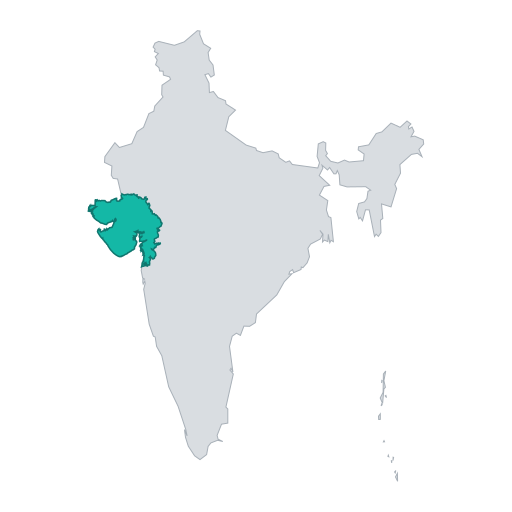 Gujarat on a map of India (Equal Earth projection)
{"feature_id": "IND-3264", "entity_name": "Gujarat", "entity_type": "state/province", "adm_level": 1, "iso_a3": "IND", "parent_name": "India", "parent_adm1": "", "projection": "equal_earth", "projection_center": [71.839, 22.391], "detail": "fine", "context": "in_parent", "style": "filled", "palette": "teal", "viewbox_px": 512, "rotation_deg": 0, "n_neighbors": 0, "source": "natural_earth", "source_scale": "10m", "svg_char_len": 9645}
<svg xmlns="http://www.w3.org/2000/svg" viewBox="0 0 512 512"><path d="M88.6,207.2L95.1,205.5L95.8,200.0L107.7,202.4L115.7,198.5L118.3,201.2L122.2,198.7L117.6,179.0L113.2,178.4L111.3,175.3L111.9,166.0L104.5,162.4L104.9,156.6L114.9,142.7L119.4,147.5L131.8,143.7L137.1,131.6L143.5,127.4L148.9,113.6L153.8,111.2L154.8,106.0L163.0,97.0L161.7,94.7L162.0,85.2L170.6,79.3L169.5,76.9L163.4,75.1L163.1,71.2L159.6,71.0L159.0,67.7L155.6,64.8L157.2,60.0L155.2,56.9L158.3,53.5L154.4,51.6L155.1,49.2L153.1,47.1L155.0,43.1L158.7,41.4L174.4,45.3L184.2,41.9L197.3,30.7L200.0,31.0L199.7,34.3L203.5,43.8L210.7,48.3L208.1,52.5L209.2,60.1L213.0,65.0L214.3,75.0L210.9,77.1L208.4,73.6L204.9,74.7L209.0,83.1L209.4,92.6L213.4,91.5L218.0,97.6L225.5,100.7L226.0,104.0L235.5,110.1L228.8,116.7L225.4,130.4L246.2,145.1L255.8,148.1L256.5,150.5L263.0,152.7L272.1,150.9L278.2,153.9L279.2,157.8L285.8,162.3L289.5,160.9L292.3,164.5L317.8,168.0L319.5,162.7L317.1,156.4L318.3,143.9L323.2,141.7L325.8,143.0L325.6,150.4L327.4,153.6L325.7,155.7L330.7,161.3L337.9,163.0L344.5,160.1L349.1,162.0L363.5,160.7L364.1,154.0L358.2,149.9L358.5,146.8L368.8,144.9L376.2,133.5L381.9,131.9L391.0,123.1L400.1,127.3L407.0,121.0L410.9,124.0L408.4,126.6L408.8,129.0L412.0,127.0L414.0,131.4L411.0,136.8L414.7,136.1L423.2,139.8L423.7,144.0L418.9,149.4L422.0,156.7L417.5,153.3L411.4,154.4L399.9,164.6L400.5,173.2L394.8,184.4L396.6,188.6L391.0,206.9L381.5,203.9L382.8,218.5L380.5,220.1L381.0,232.6L378.4,236.4L376.1,234.2L374.5,236.6L369.2,209.9L365.5,209.8L362.5,220.9L360.2,217.4L358.8,218.9L356.7,211.5L358.7,203.5L364.5,201.9L366.9,198.6L368.0,191.2L370.7,190.2L365.7,186.7L347.0,186.9L339.9,184.8L339.2,174.8L337.3,170.6L336.0,173.8L333.9,173.8L329.6,167.5L327.5,170.0L322.0,165.2L322.9,168.2L319.2,175.6L329.7,185.3L324.0,186.4L319.4,195.1L327.8,200.6L326.4,210.0L328.5,216.6L330.9,217.6L333.4,241.7L331.0,240.3L329.8,242.8L328.3,234.3L327.9,241.6L324.3,240.1L322.5,242.0L323.0,234.1L319.9,230.4L322.6,234.3L320.3,239.0L310.6,244.1L307.9,248.3L309.5,256.7L307.1,262.9L302.9,267.7L301.3,267.0L301.0,269.5L293.6,272.7L292.6,269.6L289.7,271.6L288.9,274.2L292.0,273.7L284.3,281.7L276.8,294.9L256.5,314.0L255.4,322.6L249.6,326.3L243.9,326.1L240.4,335.4L236.4,333.2L232.2,336.2L229.5,346.4L232.9,372.0L231.0,368.3L229.9,370.0L233.3,374.0L225.9,407.1L227.8,409.0L227.8,423.1L221.5,424.2L217.1,435.4L218.1,439.2L222.8,441.5L217.6,440.3L210.9,442.9L208.1,446.4L206.6,454.6L200.0,459.6L194.6,455.8L188.3,446.2L185.5,437.3L184.5,429.6L187.1,435.9L185.8,429.6L178.1,406.3L168.7,386.8L161.8,355.7L156.6,346.4L155.2,337.0L153.4,336.2L149.2,324.2L143.7,289.3L145.2,283.3L144.8,281.2L143.2,284.1L142.8,282.4L142.9,278.9L145.0,279.3L142.6,277.9L141.2,270.5L143.8,257.2L140.6,246.1L141.9,244.6L140.5,244.7L146.3,240.2L139.7,241.0L141.5,236.7L139.4,236.6L139.8,233.7L142.8,232.6L135.4,232.0L136.5,234.8L133.7,239.0L136.3,243.6L133.5,249.5L121.8,256.1L115.5,254.5L97.8,231.7L98.8,229.4L101.4,231.8L112.0,227.3L115.6,219.2L106.0,224.3L101.0,222.9L94.1,217.6L91.5,211.6L95.7,207.2L89.4,211.2L88.6,207.2ZM382.6,403.5L380.2,398.0L383.1,392.3L383.4,374.0L385.7,371.0L383.9,380.7L385.4,387.3L383.9,388.9L382.6,403.5ZM397.4,473.3L397.6,481.3L395.5,476.9L397.4,473.3ZM380.3,419.4L378.7,419.5L378.5,416.2L380.3,413.8L380.3,419.4ZM391.8,460.6L391.7,462.9L391.3,460.8L391.8,460.6ZM393.6,457.4L393.0,460.5L393.1,457.2L393.6,457.4ZM395.8,470.5L395.2,472.9L394.6,472.0L395.8,470.5ZM384.5,441.8L383.4,441.9L384.0,440.7L384.5,441.8ZM382.2,404.7L381.1,405.9L381.6,403.9L382.2,404.7ZM385.9,395.4L386.5,397.6L385.2,395.9L385.9,395.4ZM388.8,456.8L387.9,456.4L388.3,455.2L388.8,456.8ZM382.1,380.6L381.6,383.0L381.8,380.4L382.1,380.6Z" fill="#d9dde1" stroke="#a8b0b8" stroke-width="1"/><path d="M121.6,199.4L122.6,198.5L122.5,198.1L121.4,197.7L121.4,196.6L121.1,195.8L121.4,195.0L122.4,194.3L122.3,194.1L124.2,195.0L125.4,194.6L126.2,194.8L126.9,194.3L128.0,194.2L129.0,194.7L130.5,194.4L130.8,194.9L131.2,195.0L131.6,194.3L132.5,194.7L133.1,194.1L133.9,193.9L134.4,194.7L135.3,195.1L137.1,194.9L137.1,195.3L136.2,195.5L136.6,196.2L137.2,196.3L137.4,196.8L138.1,196.8L138.6,198.2L138.9,198.1L139.2,197.0L139.6,197.0L141.0,197.7L141.6,198.8L143.7,199.3L144.4,198.9L144.8,197.3L145.9,197.0L146.0,198.6L146.8,199.0L147.3,198.8L147.4,199.2L147.1,199.7L146.5,199.7L146.1,200.4L145.8,201.6L146.1,202.4L147.1,203.5L147.8,204.7L148.4,204.2L148.8,203.3L149.0,203.3L149.5,204.3L149.8,205.8L149.2,206.5L149.1,208.2L149.7,208.4L150.2,209.3L150.8,209.6L150.8,211.1L151.5,210.6L152.1,211.1L152.3,213.7L152.7,213.6L153.2,214.1L154.3,213.7L155.3,215.2L155.6,215.3L155.9,214.9L156.1,214.9L157.6,216.3L157.9,216.7L158.0,217.9L158.3,218.1L159.0,217.9L160.2,219.5L160.7,220.8L160.9,222.5L161.5,222.4L161.9,223.0L162.0,223.6L160.9,226.3L159.9,226.7L158.3,228.3L157.4,228.1L157.1,228.2L157.0,228.7L157.8,229.7L159.0,229.7L159.6,230.2L159.0,231.0L158.3,231.2L157.7,230.8L157.4,231.2L157.5,233.0L158.4,235.1L158.2,237.0L157.4,237.2L156.1,238.2L154.5,238.8L154.3,239.3L154.4,240.3L154.9,241.2L154.5,242.0L153.8,242.4L154.7,244.0L156.7,243.2L158.0,243.3L158.5,243.0L159.0,243.4L160.1,243.0L160.3,243.7L159.6,244.3L158.0,244.9L157.3,244.7L156.3,245.8L155.8,247.4L154.9,247.8L154.5,247.5L154.0,248.8L153.2,249.4L152.5,249.4L151.5,248.9L151.6,249.3L152.5,250.1L153.3,250.1L155.3,252.4L155.7,253.8L155.8,255.5L154.6,257.1L154.4,258.2L153.3,258.9L152.5,258.9L152.0,258.1L150.7,257.2L150.3,256.4L149.8,257.2L149.4,257.5L149.9,257.8L150.0,258.4L150.3,258.6L150.5,259.3L149.3,262.0L149.6,262.3L149.7,263.5L149.5,265.0L148.2,264.8L147.9,265.7L147.4,266.1L147.0,266.0L147.1,265.2L146.9,265.0L146.4,264.9L146.2,265.5L145.7,265.6L145.5,264.5L146.4,263.8L146.5,263.4L145.9,263.2L145.8,262.5L145.0,263.2L144.6,263.1L144.4,263.8L143.8,263.8L143.8,264.2L144.4,264.9L144.5,265.8L143.6,266.2L142.5,266.2L141.6,266.7L142.2,264.4L142.0,264.2L142.1,263.4L142.5,262.2L142.9,261.8L143.7,261.6L143.7,260.9L143.3,260.4L143.7,259.4L143.7,258.0L144.0,256.8L143.9,256.2L144.4,255.8L144.1,255.4L144.1,254.8L143.9,255.2L143.7,255.0L143.9,254.1L143.1,254.6L143.5,253.6L143.1,253.1L143.7,252.6L143.7,252.3L143.1,252.4L142.4,251.6L142.3,251.4L143.0,251.5L143.3,251.2L142.8,249.9L142.2,250.3L142.0,250.1L141.9,250.5L141.5,250.8L141.9,249.7L141.7,249.4L141.2,249.6L141.2,250.4L140.8,250.7L140.5,250.3L140.7,249.9L141.9,248.9L140.9,248.0L140.9,247.7L140.6,248.0L140.2,246.6L140.9,246.3L140.1,246.2L139.9,245.9L140.7,245.6L141.8,244.7L142.1,244.9L142.0,244.4L140.1,245.4L140.6,244.3L142.4,242.9L142.9,241.9L143.7,241.9L146.4,240.4L146.6,240.1L146.4,240.0L144.2,241.2L143.4,241.0L142.6,241.4L140.5,241.2L139.7,241.5L139.5,241.0L139.9,238.6L140.5,237.4L141.4,237.2L141.9,236.3L141.6,236.3L141.4,236.7L140.6,236.8L139.6,237.7L139.2,236.6L139.6,234.0L140.0,233.2L140.7,232.9L142.0,233.7L142.8,232.6L143.2,232.5L143.8,232.9L144.0,232.7L144.1,232.2L143.9,231.8L143.7,232.1L142.9,232.0L142.1,232.4L140.0,231.7L138.7,232.6L138.7,232.1L137.9,232.3L137.7,231.3L138.0,231.0L137.9,230.5L137.5,230.9L137.1,232.2L136.5,232.2L136.4,231.6L136.1,231.5L135.7,231.5L135.7,231.9L135.0,231.9L135.5,232.3L136.1,231.7L136.1,232.5L136.9,232.6L136.9,235.0L136.3,236.1L135.9,236.1L135.8,236.3L135.6,236.1L135.3,236.6L134.9,236.2L134.4,236.1L134.8,236.5L134.6,236.7L134.2,236.6L134.5,237.1L133.9,237.0L133.6,237.2L134.5,237.5L135.1,237.4L135.0,237.7L135.3,238.0L135.3,238.7L134.8,238.7L134.0,237.8L133.9,238.1L134.3,238.4L134.5,238.8L133.3,238.5L133.2,239.4L133.3,239.6L133.5,239.4L133.5,239.8L135.2,239.5L135.9,241.0L136.5,241.1L136.8,242.1L135.9,245.0L134.5,247.0L134.6,247.3L134.4,248.0L134.5,248.8L133.2,249.8L132.4,249.9L130.5,251.5L130.0,251.5L128.4,252.7L128.0,252.8L128.2,252.3L127.0,253.8L125.3,254.4L123.2,255.7L122.6,255.7L122.3,256.1L121.3,256.1L121.2,256.6L119.6,256.7L118.9,256.3L118.5,256.4L116.1,255.0L113.7,253.2L110.4,249.6L108.0,245.9L107.6,244.7L106.9,244.3L105.5,242.3L104.7,241.8L103.7,240.1L103.1,239.7L102.8,239.2L102.7,238.2L102.4,238.5L102.0,238.4L100.4,236.6L98.1,233.0L97.5,231.6L98.0,229.7L99.0,228.7L99.1,229.0L98.7,229.5L99.0,230.0L99.9,229.9L100.3,229.5L100.5,229.7L100.1,231.1L100.6,231.9L101.5,231.8L102.4,231.1L103.8,230.9L104.3,230.1L104.2,229.2L104.6,229.1L104.7,230.3L105.4,230.7L106.0,229.8L106.3,229.9L106.8,228.7L107.5,229.7L107.9,229.0L108.5,228.8L109.6,227.7L112.0,227.4L113.6,224.0L113.7,223.3L114.3,222.1L115.2,221.1L115.6,221.1L115.8,220.9L116.1,219.8L115.8,218.9L115.4,218.5L114.6,219.5L114.7,220.2L114.5,221.5L113.5,221.5L112.6,220.6L112.5,221.2L111.8,221.4L111.4,221.0L111.4,220.7L111.2,221.2L111.5,221.7L108.0,222.8L107.3,223.3L106.6,224.5L105.0,224.3L102.2,223.2L100.6,222.9L98.7,221.3L96.7,220.2L94.2,218.1L94.2,217.7L93.6,217.0L93.5,216.8L93.7,217.0L93.9,216.4L93.0,216.5L92.9,216.2L93.1,215.6L93.7,215.5L93.1,214.9L92.7,214.8L92.6,214.3L92.9,214.0L92.5,213.9L92.2,214.2L92.0,213.6L91.8,213.8L91.6,213.6L92.3,212.5L91.7,212.0L91.8,212.7L91.4,212.8L91.4,210.8L92.4,210.9L92.1,210.2L92.9,209.9L93.5,209.1L94.1,208.6L94.5,207.8L95.1,207.8L96.3,206.8L95.6,206.8L95.0,207.4L94.1,207.5L93.6,208.3L91.6,209.4L90.6,210.8L90.8,211.0L90.5,211.4L88.8,211.3L88.3,211.0L89.0,210.2L89.4,210.5L89.9,210.1L89.9,209.8L89.5,210.0L89.1,209.7L89.0,208.4L88.6,208.9L88.6,208.7L88.8,207.4L89.1,206.8L89.7,206.6L89.8,205.9L90.2,206.3L90.7,205.4L90.8,205.9L91.7,205.4L95.1,205.5L95.2,200.4L95.4,199.8L96.0,199.8L96.3,201.0L96.5,201.2L97.3,199.9L98.2,200.9L99.2,200.4L100.3,201.0L101.6,200.5L104.9,200.6L106.2,202.0L107.3,202.4L110.2,202.2L110.6,201.8L111.3,200.2L112.8,199.8L113.5,199.3L114.1,199.2L114.9,198.7L116.1,198.3L116.6,198.3L116.7,198.7L116.4,199.3L116.5,200.5L117.2,201.2L119.0,201.2L119.9,200.8L119.8,200.2L120.7,199.3L121.6,199.4Z" fill="#14b8a6" stroke="#0f766e" stroke-width="1.5"/></svg>